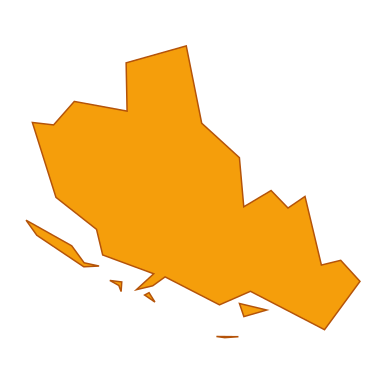 Villa Clara, Mercator projection, rotated 179°
{"feature_id": "CUB-1431", "entity_name": "Villa Clara", "entity_type": "Province", "adm_level": 1, "iso_a3": "CUB", "parent_name": "Cuba", "parent_adm1": "", "projection": "mercator", "projection_center": [-80.068, 22.547], "detail": "coarse", "context": "isolated", "style": "filled", "palette": "amber", "viewbox_px": 384, "rotation_deg": 179, "n_neighbors": 0, "source": "natural_earth", "source_scale": "10m", "svg_char_len": 748}
<svg xmlns="http://www.w3.org/2000/svg" viewBox="0 0 384 384"><g transform="rotate(179 192 192)"><path d="M61.9,52.0L135.3,91.7L166.5,78.7L220.4,107.6L232.9,98.9L249.3,95.3L231.7,110.9L282.4,130.6L288.1,156.3L328.1,189.0L350.4,264.3L329.2,261.5L308.1,284.6L255.5,274.0L255.6,322.3L195.2,338.2L181.1,260.6L144.0,225.5L140.5,176.3L112.9,192.1L96.3,174.3L79.1,185.6L63.9,116.7L44.5,121.1L25.6,99.7L61.9,52.0ZM358.4,166.7L313.2,140.3L301.1,123.1L286.2,119.6L301.5,119.1L347.9,151.4L358.4,166.7ZM119.4,72.7L142.3,66.5L146.5,79.7L119.4,72.7ZM148.1,46.5L161.8,45.8L170.1,47.1L148.1,46.5ZM275.7,105.0L263.8,103.3L264.6,93.7L266.8,99.8L275.7,105.0ZM231.0,82.6L241.2,89.8L236.7,92.1L231.0,82.6Z" fill="#f59e0b" stroke="#b45309" stroke-width="1.5"/></g></svg>